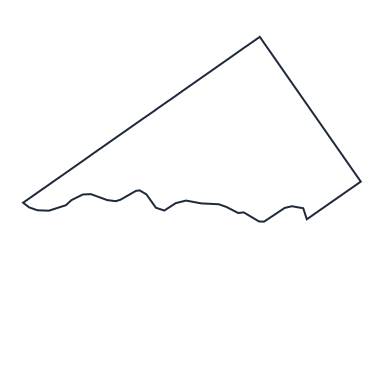 Gregory, South Dakota, United States of America (Natural Earth projection), rotated 145°
{"feature_id": "52423323B73461456201611", "entity_name": "Gregory", "entity_type": "district", "adm_level": 2, "iso_a3": "USA", "parent_name": "United States of America", "parent_adm1": "South Dakota", "projection": "natural_earth1", "projection_center": [-99.031, 43.249], "detail": "fine", "context": "isolated", "style": "outline", "palette": "slate", "viewbox_px": 384, "rotation_deg": 145, "n_neighbors": 0, "source": "geoboundaries", "source_scale": "gbopen_adm2", "svg_char_len": 946}
<svg xmlns="http://www.w3.org/2000/svg" viewBox="0 0 384 384"><g transform="rotate(145 192 192)"><path d="M47.8,103.7L47.5,280.2L58.6,280.2L59.6,280.2L64.2,280.2L65.0,280.3L86.2,280.2L92.1,280.2L93.0,280.2L93.7,280.2L99.7,280.2L116.2,280.2L123.3,280.2L125.6,280.2L131.1,280.2L142.1,280.2L151.5,280.1L154.4,280.1L157.8,280.1L158.6,280.2L173.7,280.2L174.2,280.1L190.3,280.2L196.4,280.2L207.1,280.2L219.1,280.2L223.6,280.2L224.5,280.2L245.7,280.2L252.0,280.2L262.3,280.1L268.4,280.1L289.8,280.1L290.4,280.1L316.8,280.1L317.9,280.1L336.5,280.1L334.2,272.8L329.1,265.7L320.0,258.8L302.9,253.5L295.5,254.5L282.9,252.6L276.1,248.3L266.1,234.0L259.7,228.2L255.0,226.7L237.4,225.1L234.0,223.4L230.7,216.2L230.6,199.8L225.3,192.7L211.7,192.2L201.8,188.4L190.9,177.3L177.2,166.7L172.5,160.2L166.2,148.3L161.3,145.6L154.0,129.4L150.0,126.4L125.3,125.8L118.4,123.1L110.2,114.9L113.6,103.8L47.8,103.7Z" fill="none" stroke="#1e293b" stroke-width="2"/></g></svg>